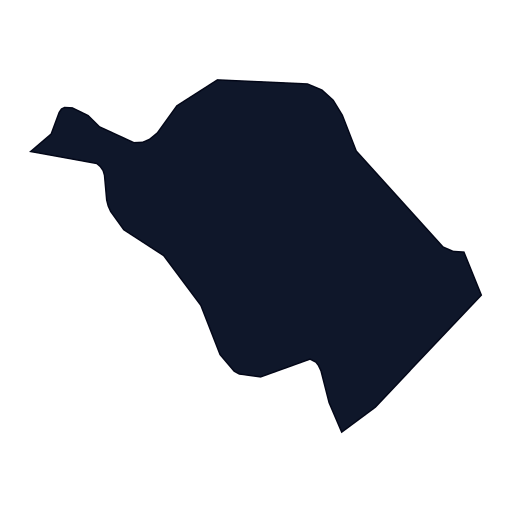 the border of Westminster
{"feature_id": "GBR-2080", "entity_name": "Westminster", "entity_type": "London Borough (city)", "adm_level": 1, "iso_a3": "GBR", "parent_name": "United Kingdom", "parent_adm1": "", "projection": "orthographic", "projection_center": [-0.168, 51.508], "detail": "fine", "context": "isolated", "style": "filled", "palette": "ink", "viewbox_px": 512, "rotation_deg": 0, "n_neighbors": 0, "source": "natural_earth", "source_scale": "10m", "svg_char_len": 684}
<svg xmlns="http://www.w3.org/2000/svg" viewBox="0 0 512 512"><path d="M409.7,370.8L375.4,407.1L341.7,432.1L329.1,402.6L321.0,370.8L318.4,365.3L315.9,362.1L310.0,359.1L260.6,376.9L239.3,374.0L234.2,371.2L220.1,354.6L200.9,305.4L163.7,255.6L123.8,229.7L110.7,211.5L108.2,205.9L106.7,200.0L104.5,175.2L103.1,170.5L100.3,166.5L96.8,163.5L30.7,151.5L51.2,134.0L59.2,112.4L61.5,109.0L64.6,107.5L72.3,107.9L88.1,115.6L99.4,126.8L133.9,142.7L142.7,142.3L149.6,139.3L157.4,132.9L176.9,105.8L217.4,79.9L307.5,84.0L322.0,90.1L333.2,100.3L342.3,115.2L356.2,151.0L443.0,247.0L453.1,251.4L463.9,252.1L481.3,295.1L410.5,369.8L409.7,370.8Z" fill="#0f172a" stroke="#020617" stroke-width="1.5"/></svg>